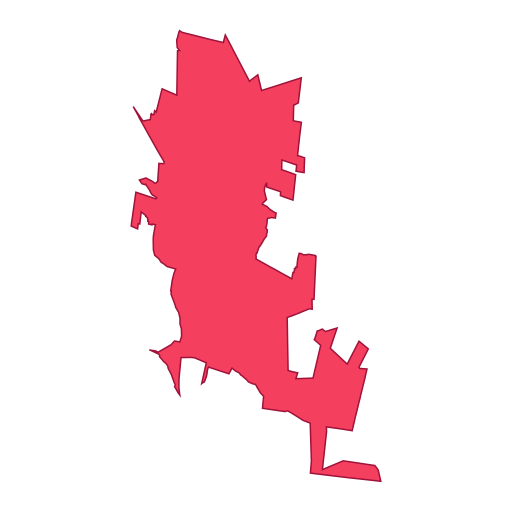 Acanceh, Yucatán, Mexico (Equal Earth projection)
{"feature_id": "50627088B2237882581222", "entity_name": "Acanceh", "entity_type": "district", "adm_level": 2, "iso_a3": "MEX", "parent_name": "Mexico", "parent_adm1": "Yucatán", "projection": "equal_earth", "projection_center": [-89.45, 20.818], "detail": "fine", "context": "isolated", "style": "filled", "palette": "rose", "viewbox_px": 512, "rotation_deg": 0, "n_neighbors": 0, "source": "geoboundaries", "source_scale": "gbopen_adm2", "svg_char_len": 5039}
<svg xmlns="http://www.w3.org/2000/svg" viewBox="0 0 512 512"><path d="M225.3,35.0L223.3,42.5L211.3,39.7L211.2,39.7L195.2,35.6L191.9,34.8L188.2,33.9L184.2,32.9L181.8,32.2L179.6,30.7L179.4,31.3L179.1,31.7L178.9,32.0L177.3,38.4L176.9,39.1L176.7,40.5L177.2,47.6L179.6,50.6L177.5,50.8L176.8,95.2L162.1,88.8L156.2,112.1L154.7,110.7L154.4,111.7L154.0,114.5L152.2,114.6L151.5,113.6L150.8,114.3L151.2,115.1L150.8,115.8L150.3,119.6L149.7,119.7L148.9,119.8L148.3,120.0L147.6,120.1L147.0,120.2L146.6,120.3L146.2,120.4L145.8,120.5L145.5,120.5L145.1,120.6L144.7,120.7L144.2,120.8L143.3,120.9L142.9,120.9L140.9,118.1L140.1,116.8L133.2,106.6L138.5,116.1L139.2,117.8L141.2,121.3L143.8,126.0L146.1,130.1L147.7,133.0L149.8,136.8L153.4,143.2L153.7,143.8L153.9,144.2L154.6,145.2L155.5,147.0L156.1,148.1L156.5,148.8L157.1,149.8L157.8,151.0L158.0,151.4L158.6,152.4L159.2,153.4L159.8,154.5L160.6,155.8L161.6,157.5L162.4,158.8L163.0,159.8L163.6,161.0L164.3,162.1L163.8,163.7L158.9,163.4L157.7,181.5L157.2,181.6L156.6,182.6L155.0,183.3L152.1,181.2L150.2,180.2L147.0,178.6L146.5,178.1L145.8,178.0L139.4,180.0L141.9,183.7L145.1,184.7L145.6,184.2L149.4,189.9L150.9,193.0L152.3,195.0L154.6,196.2L156.0,197.1L156.7,197.9L155.7,198.8L135.9,192.2L131.5,223.2L131.2,226.1L137.6,228.9L138.2,223.7L139.8,224.0L141.2,211.9L145.9,215.7L145.7,216.4L147.6,217.9L147.8,221.3L148.6,221.5L148.6,224.1L152.0,224.9L152.1,224.0L155.4,224.7L153.4,235.8L153.2,239.8L153.4,250.0L154.1,253.0L154.3,253.4L154.7,255.3L158.7,258.6L161.3,262.4L163.1,263.4L167.0,266.5L175.7,269.0L173.9,273.5L172.2,280.5L171.3,286.9L170.7,290.9L171.4,291.1L171.0,294.0L175.1,304.9L175.7,307.4L178.6,312.3L180.0,318.2L180.0,323.9L181.4,328.8L181.6,336.3L179.8,341.9L174.5,341.0L171.1,344.7L158.1,352.2L155.8,351.0L149.3,349.9L151.0,350.5L154.2,352.0L159.0,354.3L159.2,354.7L159.8,355.6L159.5,356.6L161.6,359.1L164.2,362.1L164.9,362.5L166.5,364.1L167.4,365.5L167.7,366.2L168.0,367.2L168.2,368.5L170.0,371.9L170.9,373.6L171.6,375.1L172.2,377.0L173.2,379.6L174.2,382.6L174.9,383.9L175.3,384.7L174.6,386.8L175.0,387.3L178.1,392.8L179.8,395.1L178.9,387.7L179.0,378.9L181.0,357.6L190.5,357.4L194.6,357.8L206.3,362.8L201.7,383.6L202.9,382.6L204.4,381.9L206.3,376.8L206.8,374.8L207.5,369.9L207.6,369.3L208.5,367.1L228.9,373.8L232.0,368.1L235.5,371.0L239.4,373.0L240.6,374.9L241.8,375.6L247.0,380.1L248.4,381.9L252.3,383.7L255.4,384.4L256.9,386.6L256.8,386.8L260.4,392.9L263.6,396.2L262.5,408.3L285.1,411.6L287.7,410.8L294.7,415.0L302.9,420.3L310.2,423.1L311.4,461.1L310.4,473.1L328.3,475.3L347.5,477.6L374.0,480.5L380.8,481.3L378.2,470.1L377.0,468.3L374.8,465.5L343.2,460.8L339.5,462.4L322.4,469.6L326.6,431.4L326.4,426.9L327.6,427.1L328.7,427.2L340.8,428.9L352.2,430.7L352.3,429.7L352.5,429.2L353.0,427.2L353.8,423.6L354.2,422.1L354.8,419.4L355.3,416.8L356.0,414.5L356.5,412.5L358.7,403.3L359.3,400.9L360.1,397.9L360.3,396.8L360.5,396.0L361.3,392.7L361.9,390.4L362.7,386.9L363.4,384.3L364.1,381.5L364.4,380.1L365.2,377.1L365.2,376.4L365.5,375.4L367.0,369.0L359.6,368.4L359.0,367.2L368.3,348.9L359.0,341.2L347.2,364.1L330.3,348.3L333.4,339.0L337.1,328.0L325.5,331.5L323.1,329.9L322.6,329.1L322.4,329.2L321.1,329.5L318.9,330.6L317.2,331.0L317.0,331.7L315.4,336.9L314.3,339.7L320.7,345.3L319.8,349.1L313.0,378.1L295.9,378.7L296.0,378.2L297.7,372.8L292.7,371.8L288.1,370.5L287.6,342.4L287.5,334.1L287.2,317.5L294.1,315.0L304.2,310.9L309.4,308.8L312.2,309.2L312.0,299.3L314.0,299.3L316.0,256.2L315.4,256.1L315.3,255.5L308.9,254.3L307.2,254.5L306.5,254.9L305.7,254.7L303.6,254.9L301.0,253.5L299.2,253.3L297.8,258.5L297.3,262.6L296.9,266.5L297.0,267.3L295.5,267.2L295.5,268.8L294.5,268.8L294.6,269.3L294.1,271.2L294.0,272.4L293.0,272.4L292.9,272.7L291.8,278.8L280.7,272.7L275.6,269.8L270.2,266.9L256.0,259.0L256.1,258.6L256.2,256.9L256.0,255.8L256.1,254.3L256.5,253.3L256.9,253.3L259.2,246.6L259.7,246.6L260.3,245.6L261.7,243.5L264.2,239.1L265.2,237.7L265.7,237.1L266.5,236.0L266.6,235.6L266.6,234.0L267.1,232.6L267.4,230.0L266.6,229.1L265.7,227.7L266.5,226.3L266.5,225.8L266.9,223.9L267.1,222.0L267.2,220.0L267.5,218.5L271.1,217.6L272.3,217.7L274.0,217.8L275.4,218.1L276.1,213.0L275.2,212.8L269.9,209.4L266.9,206.5L262.3,204.2L262.6,203.3L266.5,199.6L265.8,197.0L265.1,194.1L264.5,191.7L264.4,190.5L264.6,187.9L264.9,186.5L266.7,182.7L266.6,186.9L266.8,187.1L280.2,191.6L280.6,191.8L280.4,195.6L285.8,197.6L293.0,200.1L294.5,185.7L295.7,174.7L287.0,171.5L281.7,169.7L281.8,163.9L281.9,160.0L284.5,160.9L287.0,161.7L290.2,162.8L293.4,163.9L296.6,165.0L296.4,167.8L296.0,171.2L298.7,171.7L302.1,172.3L303.5,172.5L304.1,172.6L304.2,168.8L304.3,165.1L304.5,161.3L304.6,157.8L302.4,157.1L302.0,156.9L300.1,156.3L297.9,155.6L297.6,155.7L297.6,155.3L297.9,152.1L298.2,149.8L298.5,146.2L298.9,143.3L299.2,140.4L299.5,137.5L299.9,134.1L301.4,122.3L293.3,120.8L293.7,105.0L294.6,104.8L298.3,102.9L301.3,77.8L261.6,90.5L260.9,87.8L260.8,87.5L259.4,81.4L259.3,81.1L257.8,74.8L251.4,79.7L250.9,80.1L249.5,81.3L248.6,79.6L248.4,79.2L248.2,78.8L233.2,50.1L231.5,46.7L225.3,35.0Z" fill="#f43f5e" stroke="#9f1239" stroke-width="1.5"/></svg>